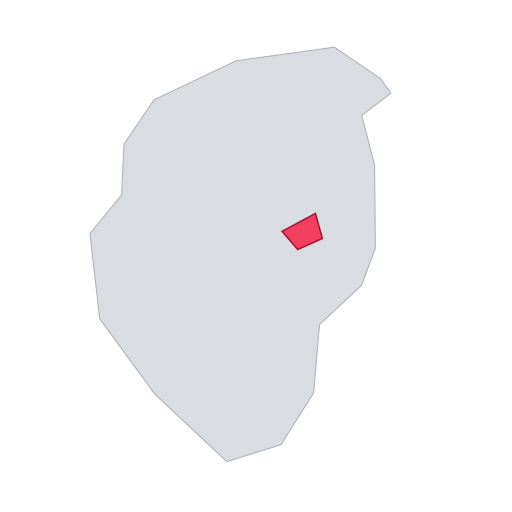 Quatre Bornes on a map of Mauritius (Albers equal-area conic projection), rotated 168°
{"feature_id": "MUS-5191", "entity_name": "Quatre Bornes", "entity_type": "City", "adm_level": 1, "iso_a3": "MUS", "parent_name": "Mauritius", "parent_adm1": "", "projection": "albers", "projection_center": [57.476, -20.27], "detail": "fine", "context": "in_parent", "style": "filled", "palette": "rose", "viewbox_px": 512, "rotation_deg": 168, "n_neighbors": 0, "source": "natural_earth", "source_scale": "10m", "svg_char_len": 517}
<svg xmlns="http://www.w3.org/2000/svg" viewBox="0 0 512 512"><g transform="rotate(168 256 256)"><path d="M323.2,430.0L234.8,451.1L136.0,444.0L97.6,404.0L90.1,387.3L123.3,371.5L121.1,320.1L137.6,238.9L158.8,205.4L208.1,175.7L228.1,110.1L270.7,66.3L327.3,60.9L383.7,141.9L421.9,227.1L413.8,312.4L374.8,343.6L361.9,392.8L323.2,430.0Z" fill="#d9dde1" stroke="#a8b0b8" stroke-width="1"/><path d="M189.0,285.3L187.4,259.3L213.9,253.7L225.4,274.7L189.0,285.3Z" fill="#f43f5e" stroke="#9f1239" stroke-width="1.5"/></g></svg>